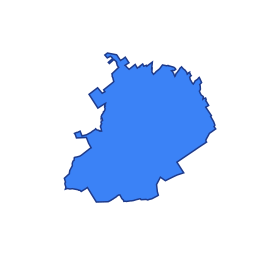 the district of Huhí, Yucatán, Mexico, rotated 51°
{"feature_id": "50627088B5234987061010", "entity_name": "Huhí", "entity_type": "district", "adm_level": 2, "iso_a3": "MEX", "parent_name": "Mexico", "parent_adm1": "Yucatán", "projection": "natural_earth1", "projection_center": [-89.155, 20.688], "detail": "fine", "context": "isolated", "style": "filled", "palette": "blue", "viewbox_px": 256, "rotation_deg": 51, "n_neighbors": 0, "source": "geoboundaries", "source_scale": "gbopen_adm2", "svg_char_len": 4474}
<svg xmlns="http://www.w3.org/2000/svg" viewBox="0 0 256 256"><g transform="rotate(51 128 128)"><path d="M197.9,112.9L185.3,111.5L187.6,84.2L188.4,75.8L187.2,75.7L186.5,75.0L186.1,74.6L183.4,68.1L183.9,60.4L181.1,60.3L180.5,58.7L177.0,57.5L171.0,56.5L171.0,56.0L170.9,55.4L160.7,54.5L160.7,54.1L161.0,53.0L161.2,51.1L160.3,50.9L159.8,50.9L159.1,50.8L157.3,50.5L156.4,50.4L155.8,50.5L155.5,50.1L155.3,49.5L153.9,49.1L153.8,48.8L153.5,48.8L153.4,49.3L152.9,50.2L152.7,50.9L152.7,51.5L151.1,49.8L150.5,49.8L148.7,50.3L148.0,50.3L145.7,49.8L144.2,49.3L144.1,48.6L143.4,47.3L141.0,45.6L140.5,45.3L139.8,45.1L139.4,45.0L139.0,42.2L135.3,41.2L133.5,40.8L133.5,41.4L133.6,41.9L133.9,43.3L133.6,46.2L134.0,46.9L134.2,47.4L134.9,49.6L133.9,49.8L131.7,49.5L131.0,49.3L130.0,49.3L129.7,49.2L127.3,48.1L127.1,45.9L126.0,46.0L125.6,45.8L125.2,45.6L123.7,45.3L123.4,45.0L123.2,46.2L123.4,47.0L123.5,47.7L123.5,48.1L121.6,47.3L120.7,47.4L119.9,47.3L118.6,47.3L118.1,47.5L116.6,47.8L114.2,47.9L114.3,48.3L114.2,48.6L114.3,50.1L114.8,51.2L115.0,51.8L115.1,52.2L115.3,53.1L115.4,53.3L115.4,53.6L115.9,55.0L115.8,56.1L116.7,57.6L117.2,58.4L117.4,59.1L115.0,58.5L114.3,58.2L113.7,58.2L113.1,58.1L111.8,57.9L110.9,58.2L111.0,57.8L111.1,57.4L111.5,57.1L112.4,55.8L112.4,54.3L112.4,53.9L111.3,53.8L109.8,54.1L109.1,54.5L106.1,56.6L105.8,57.1L105.1,57.1L104.9,57.5L104.6,57.7L104.3,58.0L104.1,58.7L103.0,59.6L100.7,61.5L101.9,66.2L101.9,70.9L102.2,72.0L102.3,74.4L99.5,74.2L96.5,71.4L96.4,71.5L96.4,71.9L92.1,67.6L91.8,74.5L90.9,74.2L89.9,76.8L87.5,76.3L87.4,78.9L87.4,80.0L87.9,80.2L87.8,80.9L87.5,81.2L87.4,81.3L87.3,82.3L87.3,83.1L84.4,82.6L83.1,82.4L83.1,83.9L83.1,86.4L83.1,87.8L83.1,89.2L83.1,90.2L80.6,90.6L80.0,90.7L78.9,90.6L77.4,90.9L77.9,86.2L76.6,86.1L75.8,86.0L75.6,86.0L73.2,85.7L71.6,85.6L71.3,85.5L71.2,85.9L71.2,86.5L71.2,88.6L71.1,89.2L71.0,89.6L70.9,90.1L70.8,91.3L69.1,91.2L68.1,91.1L67.4,91.1L65.9,90.9L65.0,90.8L64.9,90.8L64.7,90.8L64.3,90.8L63.9,90.8L56.8,96.8L56.7,100.1L60.5,100.0L61.2,96.5L61.9,96.3L62.2,96.3L63.4,96.1L64.4,96.3L64.6,102.0L66.2,101.9L65.9,95.9L66.3,95.8L69.0,95.3L69.6,95.4L69.5,95.6L72.7,97.0L75.0,97.1L75.8,106.5L76.6,106.7L77.4,107.4L77.9,107.8L79.9,108.3L80.2,108.6L83.0,109.8L83.1,111.3L83.0,122.9L85.3,123.1L84.9,125.2L84.8,126.2L77.6,126.3L77.3,137.1L93.6,138.9L94.4,131.4L94.6,130.5L94.7,129.9L95.1,130.4L95.0,130.7L95.0,130.9L95.2,131.3L95.4,131.5L95.7,131.8L96.3,131.8L96.6,131.9L96.4,132.4L96.6,132.7L97.0,132.9L97.4,133.3L97.6,133.4L98.2,133.4L98.6,133.6L98.9,134.0L99.5,134.7L99.7,135.2L100.0,136.0L100.0,136.4L99.9,136.8L100.2,137.0L100.4,137.1L100.6,137.3L100.6,137.6L100.7,138.1L101.0,138.7L101.1,139.1L101.3,139.6L101.3,140.0L101.4,140.3L101.8,140.8L102.3,141.7L102.7,142.0L103.2,142.2L103.5,142.8L104.0,143.1L104.0,142.7L104.0,142.1L104.3,142.2L104.7,142.3L105.5,142.7L106.2,143.1L106.0,143.8L105.8,144.4L106.3,144.9L106.6,145.4L107.5,145.7L108.0,145.7L108.2,145.9L108.2,146.3L108.2,146.5L108.7,147.0L108.8,147.3L109.1,147.7L109.1,148.1L109.4,148.4L109.9,148.5L110.4,149.0L110.9,149.0L111.4,149.2L111.9,149.4L112.6,149.9L113.1,150.1L113.5,150.3L113.8,150.5L113.5,150.8L113.0,151.2L113.0,151.5L112.8,151.5L112.6,152.0L112.3,152.2L112.0,151.9L111.3,152.2L110.4,153.1L110.1,153.3L108.2,153.7L108.5,154.5L108.1,157.7L108.1,159.5L107.2,164.4L105.2,168.7L100.3,167.2L99.6,170.2L99.2,170.6L98.5,173.0L99.9,173.1L103.3,174.3L109.2,166.3L115.1,168.2L118.1,168.7L120.2,169.1L120.0,170.1L119.8,180.9L119.8,181.4L119.5,183.3L118.7,185.1L118.6,185.5L117.4,187.6L117.2,188.3L119.2,190.3L119.1,191.5L120.4,193.6L122.3,195.0L124.4,200.0L126.0,201.8L126.6,202.3L127.0,209.1L130.7,210.6L130.9,211.0L131.1,211.7L132.1,212.4L134.9,213.5L136.1,215.2L136.8,213.3L138.2,212.0L138.8,211.6L139.8,210.0L140.2,209.4L144.5,205.7L145.1,205.6L146.3,204.5L147.9,204.3L148.4,200.2L148.5,200.1L148.7,197.0L153.5,197.6L153.8,197.6L154.7,197.8L165.6,199.2L172.8,189.8L173.5,186.5L173.4,186.3L173.8,184.2L173.7,184.0L174.0,181.5L174.1,181.0L174.0,179.4L174.1,177.7L174.9,176.4L176.5,176.7L179.0,177.2L180.5,177.0L181.1,176.9L182.4,177.4L182.7,176.9L183.5,175.9L184.0,175.6L186.3,171.7L186.7,171.3L187.9,169.2L188.4,167.8L188.6,167.5L188.7,167.1L190.6,163.1L191.1,162.9L191.5,163.0L191.9,162.9L192.0,162.9L194.5,159.4L195.0,158.8L196.4,157.9L196.8,156.5L197.5,155.1L198.0,154.1L199.3,147.6L199.3,146.7L196.0,145.3L195.5,145.0L189.9,141.4L186.6,133.8L192.5,132.1L193.2,128.8L194.7,122.2L195.5,119.2L197.9,112.9Z" fill="#3b82f6" stroke="#1e3a8a" stroke-width="1.5"/></g></svg>